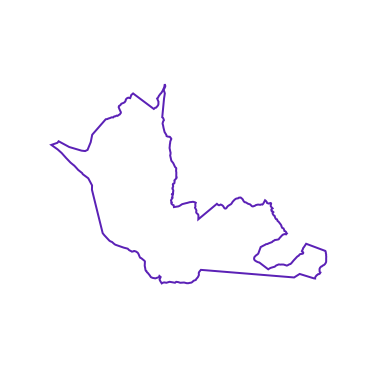 San Antonino el Alto, Oaxaca, Mexico, rotated 196°
{"feature_id": "50627088B50879419202268", "entity_name": "San Antonino el Alto", "entity_type": "district", "adm_level": 2, "iso_a3": "MEX", "parent_name": "Mexico", "parent_adm1": "Oaxaca", "projection": "robinson", "projection_center": [-97.071, 16.822], "detail": "fine", "context": "isolated", "style": "outline", "palette": "violet", "viewbox_px": 384, "rotation_deg": 196, "n_neighbors": 0, "source": "geoboundaries", "source_scale": "gbopen_adm2", "svg_char_len": 6020}
<svg xmlns="http://www.w3.org/2000/svg" viewBox="0 0 384 384"><g transform="rotate(196 192 192)"><path d="M266.5,127.8L264.4,126.3L258.1,122.5L256.9,122.1L255.1,121.9L252.6,120.7L251.2,120.2L242.4,119.7L238.2,119.8L236.4,118.8L235.0,118.5L234.5,118.4L233.9,118.3L233.7,118.3L233.3,118.1L232.7,118.4L232.0,118.8L231.5,119.3L231.0,119.4L230.4,119.3L229.8,119.4L229.3,119.3L227.5,118.7L226.8,118.1L226.1,117.4L224.4,115.2L223.6,114.5L222.5,114.4L218.6,112.7L218.1,112.2L217.1,108.0L216.1,106.1L215.2,104.2L214.6,103.5L214.1,103.5L213.5,102.8L213.1,102.4L212.3,102.1L209.6,100.2L208.6,99.3L207.9,98.8L207.1,98.7L205.8,98.6L204.3,98.8L203.6,98.8L202.8,99.3L201.7,100.1L200.5,100.8L200.3,101.4L200.2,102.3L198.7,101.6L199.0,99.1L199.0,98.8L197.7,97.4L195.9,95.8L194.6,97.1L193.9,97.3L193.6,97.5L191.6,97.7L188.8,99.5L183.3,100.1L182.4,101.3L180.2,101.6L178.3,101.5L174.7,102.8L171.9,102.9L170.4,103.3L169.4,103.9L167.7,104.7L167.0,105.4L166.0,107.1L164.1,108.5L164.0,109.3L162.9,111.7L162.5,113.8L162.6,114.5L163.0,115.4L163.2,116.6L162.8,117.8L162.0,119.6L70.3,138.0L65.9,142.9L50.9,142.6L49.8,142.8L50.0,143.5L50.0,144.2L49.8,144.9L49.7,145.2L49.4,145.7L49.3,146.2L49.1,146.5L48.7,146.8L48.3,147.6L48.0,147.7L47.7,148.0L47.3,148.1L46.6,148.9L46.4,149.9L46.6,149.9L47.3,150.5L47.5,151.1L47.7,151.6L48.1,152.8L48.2,153.4L48.1,154.0L48.0,154.6L47.3,155.9L46.7,156.3L46.0,157.4L45.4,157.8L45.0,158.3L44.4,159.2L43.9,160.8L43.8,161.8L44.4,164.1L44.8,165.4L45.1,166.8L45.5,167.7L45.9,169.1L46.5,170.1L46.8,171.1L47.4,171.7L47.6,172.1L68.0,173.7L69.1,170.2L69.4,169.4L69.7,168.6L69.7,167.0L69.9,166.6L70.0,166.0L70.1,165.4L69.7,165.1L69.3,165.0L68.6,164.7L68.3,164.3L68.3,163.6L68.6,163.2L69.2,162.9L70.3,162.4L71.2,161.8L72.0,160.0L72.4,159.7L73.1,158.8L75.4,154.3L76.8,151.1L77.5,149.9L78.4,149.4L80.0,147.8L80.6,147.4L83.9,147.5L85.9,147.0L86.9,146.6L88.6,146.3L89.8,145.4L90.9,144.5L91.9,143.0L95.1,141.0L96.3,140.0L97.4,138.7L107.9,142.8L108.8,142.7L111.0,143.0L111.8,143.3L112.8,143.6L113.6,144.3L114.0,145.2L114.1,146.4L113.8,147.2L113.0,148.7L112.1,149.8L111.5,150.7L111.3,151.2L110.8,158.0L108.3,160.4L107.5,161.1L106.5,162.2L105.2,162.8L104.1,163.8L101.3,165.9L100.8,166.8L100.0,167.7L99.4,168.2L99.0,168.8L98.1,169.1L96.1,170.1L95.6,170.5L95.2,171.7L93.6,174.9L92.9,176.0L92.3,176.4L91.6,177.0L90.6,177.2L89.9,177.2L89.4,178.3L90.0,178.5L90.3,179.2L90.9,179.7L91.6,180.0L92.4,180.0L93.0,181.0L93.4,181.5L94.0,182.2L95.2,182.4L95.6,182.5L96.1,183.2L96.5,183.6L96.9,184.4L97.6,185.1L100.6,187.3L101.8,187.8L102.7,189.1L103.7,189.1L104.8,190.0L106.1,191.9L107.0,192.0L108.3,193.2L108.9,194.1L108.3,195.1L109.7,195.8L110.2,195.7L110.7,196.4L110.9,197.2L110.0,198.5L111.4,199.3L112.4,200.1L112.7,201.2L112.7,202.6L113.0,203.0L113.8,203.0L114.5,202.3L115.3,202.0L116.3,202.1L116.9,202.2L117.4,203.0L118.0,203.4L118.7,203.9L119.5,204.2L119.8,202.5L119.9,202.2L120.1,201.2L120.3,200.5L120.6,199.7L120.9,199.3L121.6,199.3L122.2,199.0L122.8,198.5L125.1,198.1L126.9,197.1L127.9,196.0L129.5,194.9L130.5,194.9L131.1,195.2L132.3,195.9L132.7,196.1L133.4,196.1L135.2,196.2L136.4,196.6L137.7,196.9L138.4,196.7L139.2,197.0L139.9,197.5L140.5,198.1L141.2,198.9L142.7,199.7L143.7,200.1L144.4,199.7L144.9,199.7L145.6,199.3L146.1,198.5L146.7,198.3L147.6,197.9L148.1,197.4L148.9,196.4L150.0,194.3L150.4,193.3L150.8,191.8L151.3,190.9L152.1,190.1L153.0,189.1L153.7,188.2L154.1,187.3L154.4,186.2L154.9,185.5L155.6,185.2L156.5,185.5L157.2,186.1L157.9,186.8L158.5,187.2L159.4,187.6L160.3,187.8L161.1,187.8L161.6,187.2L162.4,186.7L163.3,186.8L164.8,187.5L178.4,167.5L179.2,170.8L179.7,171.7L179.9,172.1L181.8,173.0L182.3,173.5L182.5,174.1L182.6,175.2L182.8,175.6L183.4,176.4L184.2,177.1L184.8,177.8L184.7,178.9L185.5,181.3L185.4,182.7L186.3,182.9L188.1,182.9L188.5,182.8L189.2,182.5L189.8,182.2L191.1,181.7L191.5,181.5L193.9,180.0L194.7,179.6L198.1,177.6L200.0,175.4L201.0,174.5L203.1,173.5L205.2,172.5L206.0,174.2L206.9,174.3L208.3,174.9L208.8,175.6L208.5,176.2L209.2,176.7L209.2,177.3L209.8,177.9L209.8,179.0L209.1,180.8L209.2,181.3L209.7,181.4L209.6,182.5L209.7,183.7L210.6,184.1L210.6,184.6L209.7,184.9L209.9,186.0L210.1,186.2L210.1,186.4L210.2,186.6L210.3,187.0L210.2,187.5L210.3,188.1L210.7,188.8L211.3,189.2L211.4,189.8L211.5,190.2L211.8,190.2L211.9,190.8L211.6,191.9L211.9,192.8L212.5,193.9L212.4,194.7L211.7,195.1L211.4,195.6L211.5,195.9L211.5,196.8L211.7,197.2L211.7,197.6L212.1,198.3L211.8,198.8L211.4,199.7L211.1,200.4L210.8,200.8L210.8,201.2L210.8,201.8L211.2,201.8L211.3,202.2L212.5,206.6L213.1,207.8L213.7,210.5L213.9,210.7L215.2,211.4L218.0,214.6L220.5,216.4L223.1,221.2L223.1,221.7L223.1,222.4L223.4,223.8L224.2,225.2L225.7,228.1L226.0,229.8L226.4,231.7L226.5,233.1L226.7,233.8L226.8,235.0L226.5,237.3L227.3,238.1L228.5,238.9L228.8,238.9L230.2,238.6L231.8,238.7L232.5,239.9L234.9,242.1L237.1,245.9L238.3,248.3L238.8,249.0L239.2,249.9L239.2,252.0L238.8,253.3L239.7,254.6L240.2,255.2L241.2,255.6L244.6,273.9L245.3,279.3L247.2,282.2L247.3,282.7L247.1,284.0L246.8,285.8L246.9,286.6L247.9,288.2L247.7,286.4L247.6,285.5L247.7,284.2L248.1,281.3L248.9,278.4L249.1,278.2L249.3,278.0L249.4,277.7L249.5,277.4L250.3,275.3L250.8,272.8L251.3,272.3L249.1,269.5L248.8,268.2L248.5,267.3L248.5,266.2L248.9,265.0L249.8,263.2L250.6,262.8L251.6,261.3L275.8,270.5L277.1,268.5L277.3,265.2L278.3,265.1L279.3,265.1L280.5,264.0L281.1,262.7L280.9,261.4L281.4,260.3L281.4,259.8L282.5,258.7L284.2,257.4L284.5,256.6L284.9,255.6L285.8,254.7L285.9,253.4L284.8,251.9L283.3,250.1L282.7,249.5L282.4,249.1L282.2,248.5L282.8,246.7L283.9,245.6L284.5,244.7L285.6,244.6L286.5,243.6L287.2,243.4L287.8,243.0L288.1,242.3L288.4,241.9L289.4,241.8L290.0,241.5L291.6,240.2L292.5,239.7L292.9,239.4L293.1,239.1L293.3,238.9L295.0,238.1L303.7,219.6L303.1,212.0L304.0,203.7L306.0,201.9L309.6,201.3L322.4,201.4L334.2,204.0L334.9,202.2L336.2,201.3L340.2,198.5L332.9,195.9L328.1,193.6L322.4,190.0L316.9,186.8L312.1,184.7L309.3,183.0L307.6,181.9L302.8,179.9L301.9,179.0L295.5,176.6L289.9,170.8L288.8,166.6L275.6,143.6L266.5,127.8Z" fill="none" stroke="#5b21b6" stroke-width="2"/></g></svg>